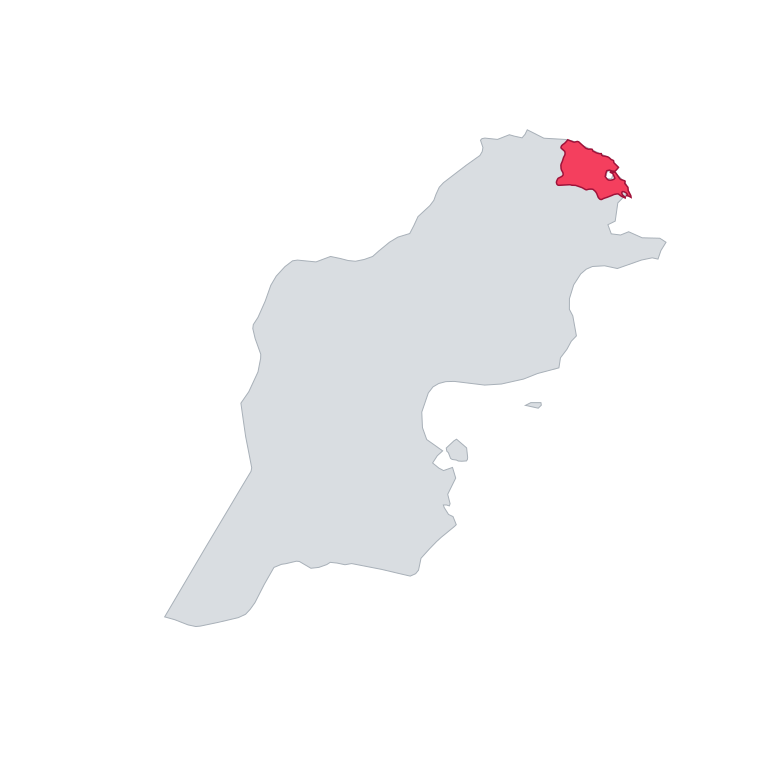 Bizerte on a map of Tunisia (Albers equal-area conic projection), rotated 43°
{"feature_id": "TUN-105", "entity_name": "Bizerte", "entity_type": "Governorate", "adm_level": 1, "iso_a3": "TUN", "parent_name": "Tunisia", "parent_adm1": "", "projection": "albers", "projection_center": [9.659, 37.035], "detail": "fine", "context": "in_parent", "style": "filled", "palette": "rose", "viewbox_px": 768, "rotation_deg": 43, "n_neighbors": 0, "source": "natural_earth", "source_scale": "10m", "svg_char_len": 4403}
<svg xmlns="http://www.w3.org/2000/svg" viewBox="0 0 768 768"><g transform="rotate(43 384 384)"><path d="M532.8,437.6L532.7,440.0L530.4,457.1L529.9,463.3L529.7,473.7L529.9,486.2L536.2,496.6L536.5,501.2L534.2,506.6L523.1,513.0L508.7,521.2L496.4,528.9L482.8,537.4L478.7,542.8L471.9,546.9L466.3,551.1L465.3,555.1L461.4,562.6L456.2,568.6L443.2,571.5L440.8,573.3L434.8,582.3L432.0,585.8L428.6,593.2L433.1,612.2L438.7,631.8L439.8,640.0L439.8,646.8L436.8,654.2L429.8,664.7L424.6,672.4L414.8,686.3L411.8,689.7L405.0,693.8L391.7,699.1L382.4,703.9L377.7,682.7L373.7,664.7L370.4,649.8L364.6,623.6L359.8,601.3L355.0,579.0L350.6,558.8L346.3,538.5L344.4,535.5L331.1,525.8L318.8,516.9L306.1,506.7L292.4,495.6L290.4,481.9L283.6,461.1L276.3,449.4L273.6,446.3L258.7,438.6L250.2,432.9L247.9,429.7L246.4,421.2L240.6,404.4L233.9,389.0L231.6,378.6L231.5,365.7L233.1,356.3L236.2,352.4L251.0,341.1L257.9,327.2L266.3,322.1L273.5,318.2L279.4,313.7L284.6,306.4L288.7,298.5L289.5,290.0L291.3,276.5L294.0,267.1L300.2,256.4L297.8,247.8L294.7,238.4L295.9,222.3L295.2,215.7L292.7,209.9L290.2,202.4L290.2,196.2L292.9,180.0L295.0,167.6L298.3,151.5L297.3,147.0L295.1,143.6L288.3,139.9L288.3,137.8L290.0,135.4L300.2,127.7L305.7,116.2L310.2,113.9L317.1,109.8L316.9,105.3L315.4,100.4L333.3,95.2L350.3,81.1L356.3,77.6L395.5,64.6L400.5,65.5L406.2,67.4L404.6,72.3L402.3,76.2L405.7,83.0L410.4,78.8L409.2,76.0L408.9,72.3L417.0,72.0L424.1,72.5L431.9,76.6L431.5,92.1L442.0,107.2L439.1,114.8L447.8,119.2L455.4,113.7L459.1,105.8L473.1,101.0L486.3,89.3L493.6,88.0L495.5,97.5L499.2,105.8L494.1,108.8L487.8,117.7L475.9,140.4L464.7,147.1L456.3,155.9L453.6,162.1L452.8,169.3L455.1,182.1L461.4,195.1L468.7,203.0L475.6,205.4L491.9,217.6L491.8,225.0L494.1,233.8L495.2,244.5L500.9,252.9L489.1,271.7L482.7,285.2L469.9,303.9L458.4,316.1L433.7,334.1L427.6,340.1L423.7,346.3L421.8,352.7L422.5,360.3L430.8,378.8L441.9,389.7L453.1,395.5L472.5,392.9L471.9,400.1L473.4,408.6L481.4,408.1L486.6,406.7L491.0,398.3L500.6,403.9L505.8,421.2L514.0,426.5L514.9,428.6L512.1,429.9L509.9,432.0L512.3,433.3L520.2,435.4L524.9,433.9L532.8,437.6ZM490.8,389.7L488.9,390.2L485.3,392.7L483.4,393.0L477.9,390.3L475.8,390.3L473.2,388.4L473.9,377.9L474.7,374.9L488.0,374.4L495.2,380.6L496.4,382.2L496.8,384.0L493.5,387.5L490.8,389.7ZM513.3,296.5L502.0,303.2L504.1,297.5L511.5,290.6L513.5,292.2L513.3,296.5Z" fill="#d9dde1" stroke="#a8b0b8" stroke-width="1"/><path d="M351.8,80.1L357.5,77.8L358.4,77.2L359.9,74.8L361.2,74.1L370.7,74.0L373.4,72.9L375.2,71.0L376.2,70.4L377.2,70.8L377.9,71.2L378.7,71.0L379.4,70.7L381.5,70.2L383.2,69.4L384.7,68.4L385.8,67.3L387.2,68.2L388.5,67.9L391.2,66.1L392.7,65.3L393.9,65.0L397.1,64.9L398.6,64.3L399.5,64.1L400.3,64.6L400.8,65.2L401.6,65.4L407.7,65.6L407.7,65.9L407.9,66.7L407.9,70.8L405.7,72.6L403.0,73.8L401.5,76.0L401.7,76.7L402.8,79.1L403.2,79.7L403.6,80.0L404.1,81.3L404.6,81.5L407.8,82.0L409.2,81.7L410.8,80.4L411.7,79.1L412.5,77.5L412.5,76.0L407.9,74.1L407.2,74.2L405.7,74.7L404.9,74.7L404.9,74.2L406.6,72.9L407.3,72.7L407.8,72.3L408.1,71.9L408.3,71.6L409.4,71.5L416.4,73.0L417.7,72.9L421.5,71.2L422.1,71.3L423.3,73.1L428.3,73.8L430.7,76.0L436.0,77.9L437.4,79.0L435.1,79.6L434.0,80.1L433.0,80.8L432.6,79.3L430.6,79.1L428.3,79.7L427.1,80.8L427.6,82.3L429.5,83.0L431.7,83.1L433.0,82.7L433.5,83.5L433.1,83.6L429.7,84.8L425.9,85.2L425.4,85.5L424.9,85.9L424.2,86.8L423.7,87.5L423.1,88.3L422.9,88.7L422.7,89.1L422.2,90.4L419.7,95.6L419.2,96.4L418.0,98.7L417.5,100.2L417.3,100.5L417.2,100.8L416.9,101.1L416.5,101.3L415.9,101.6L414.9,101.6L413.9,101.5L413.4,101.4L409.6,99.6L408.2,99.2L406.7,99.0L404.1,99.1L403.6,99.4L402.9,99.9L401.7,101.0L400.7,102.2L399.8,103.7L399.4,104.1L398.7,104.4L394.9,105.3L388.6,108.1L385.7,110.6L385.0,110.9L384.3,111.3L383.6,111.9L376.6,119.2L376.0,119.7L375.6,119.9L375.3,120.0L375.0,120.0L374.6,120.0L374.0,119.9L373.7,119.7L372.7,119.1L372.3,118.6L371.9,117.8L371.3,116.1L371.1,115.2L371.1,114.7L371.5,113.5L371.7,113.2L371.8,112.8L372.0,112.4L372.2,111.6L372.4,111.1L372.5,110.5L372.5,109.7L372.5,109.4L372.4,109.0L372.1,108.5L371.4,107.9L370.5,107.3L367.9,106.5L367.3,106.1L366.6,105.7L364.2,103.4L363.9,102.9L363.5,102.2L362.6,99.6L360.8,95.8L360.2,93.6L359.9,92.9L359.6,92.4L359.2,91.9L358.3,91.1L357.8,90.8L357.3,90.6L352.8,90.7L352.5,90.6L352.2,90.4L351.9,90.0L351.6,89.2L351.4,88.7L351.4,88.1L351.5,86.9L351.9,85.0L352.0,83.6L351.9,80.5L351.8,80.1Z" fill="#f43f5e" stroke="#9f1239" stroke-width="1.5"/></g></svg>